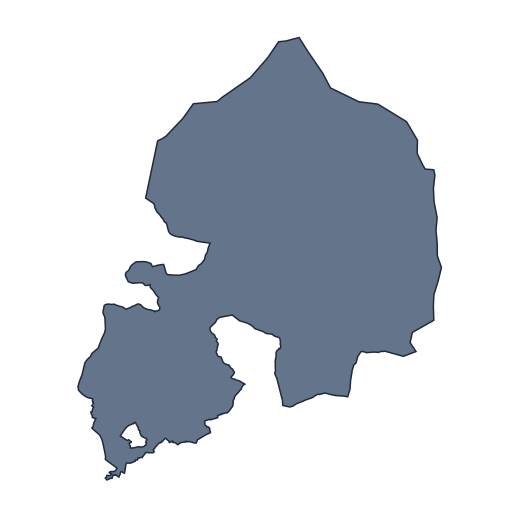 the district of Lagelu, Oyo, Nigeria, rotated 357°
{"feature_id": "59680162B50724647943907", "entity_name": "Lagelu", "entity_type": "district", "adm_level": 2, "iso_a3": "NGA", "parent_name": "Nigeria", "parent_adm1": "Oyo", "projection": "mercator", "projection_center": [3.986, 7.522], "detail": "fine", "context": "isolated", "style": "filled", "palette": "slate", "viewbox_px": 512, "rotation_deg": 357, "n_neighbors": 0, "source": "geoboundaries", "source_scale": "gbopen_adm2", "svg_char_len": 6107}
<svg xmlns="http://www.w3.org/2000/svg" viewBox="0 0 512 512"><g transform="rotate(357 256 256)"><path d="M430.2,329.5L430.5,315.4L431.6,304.1L436.7,290.2L440.6,277.2L437.1,265.4L437.6,252.8L437.1,239.4L438.9,227.2L436.7,211.5L436.7,198.0L438.9,184.6L438.0,179.2L429.4,178.0L427.1,173.4L422.3,161.9L423.3,148.8L413.3,129.7L385.6,110.7L366.7,107.3L339.2,92.1L332.3,77.1L317.9,53.5L310.5,40.1L296.8,42.9L289.8,43.2L277.9,58.8L259.6,77.7L230.9,95.5L225.3,99.7L201.4,100.7L190.2,114.8L172.3,131.7L168.1,134.1L163.8,135.9L148.8,192.4L156.1,197.8L157.2,199.4L157.6,202.8L159.6,207.2L161.6,209.1L163.8,212.8L165.0,214.2L166.3,217.0L167.9,218.3L168.6,219.9L169.9,226.5L170.8,228.4L172.5,230.1L176.5,232.1L180.7,233.1L183.6,233.3L186.1,234.3L188.6,234.8L194.7,236.8L197.7,238.2L210.8,240.8L208.7,245.4L207.5,249.7L205.5,252.6L204.6,256.5L201.1,260.7L198.0,262.6L195.4,266.4L184.8,270.1L178.3,271.2L172.2,270.7L166.6,269.9L165.6,268.8L165.3,268.0L163.4,259.7L163.0,259.5L157.1,260.1L154.7,260.8L152.0,261.1L150.7,258.1L150.2,257.6L149.4,257.5L147.0,256.4L145.5,256.0L143.1,255.7L136.9,255.5L135.2,255.8L134.3,256.7L132.3,257.9L130.8,259.3L129.7,260.6L128.8,262.7L127.3,264.3L125.4,265.6L124.6,267.5L124.9,269.9L126.0,272.2L127.1,275.0L131.3,276.8L138.3,276.6L141.4,276.9L143.8,279.6L146.6,279.7L148.7,279.1L148.7,281.3L149.1,282.2L151.5,284.9L154.7,290.3L155.4,290.9L156.6,292.7L156.3,293.5L155.9,294.0L155.7,294.5L155.3,296.0L155.2,297.9L156.2,300.5L157.2,301.8L157.3,302.6L156.9,303.5L157.0,304.4L156.2,305.1L154.0,305.7L152.1,305.7L152.0,306.2L151.2,305.6L149.2,304.7L146.3,303.9L144.5,303.6L141.0,301.7L138.2,298.6L137.0,298.0L135.5,297.7L133.0,298.7L131.6,299.5L129.8,299.8L127.6,301.0L123.0,302.3L121.8,301.1L120.7,300.3L119.4,299.7L116.1,298.7L114.9,298.1L112.7,297.3L111.7,296.6L109.2,296.9L106.5,296.2L105.5,296.4L103.9,296.4L103.0,296.7L101.8,297.6L101.4,299.1L101.2,300.5L100.5,302.3L100.3,304.2L100.4,305.7L101.8,309.1L101.9,310.7L101.8,321.0L100.8,324.6L97.0,331.8L93.6,339.7L86.9,344.8L85.5,347.6L82.1,350.5L79.6,353.6L76.1,365.3L72.8,372.7L71.4,377.2L71.8,380.8L75.1,384.8L78.8,387.6L81.0,388.8L85.4,390.0L85.0,392.0L85.7,392.8L85.2,393.5L86.1,394.8L84.2,397.0L84.9,397.8L85.9,398.4L84.8,400.3L84.4,402.2L84.0,402.5L84.0,403.0L82.9,403.1L83.4,405.4L84.4,407.5L84.0,408.4L85.1,409.3L87.6,409.8L85.5,413.8L84.2,418.1L83.1,419.1L83.9,420.2L90.3,426.4L91.9,429.5L93.0,433.0L94.9,445.2L95.3,448.3L94.9,451.2L96.1,452.3L106.1,460.6L104.9,462.4L103.6,463.7L99.9,463.7L99.2,463.8L98.1,464.4L98.2,464.9L100.2,465.8L99.1,467.7L95.6,467.2L95.1,468.8L93.8,469.9L93.9,470.1L95.2,471.4L95.5,471.9L98.9,470.5L99.6,470.4L100.6,470.5L102.0,467.0L103.7,467.7L104.4,467.0L107.0,469.3L107.5,469.6L108.9,466.8L109.6,464.6L110.0,464.2L110.5,464.2L112.3,465.6L113.3,466.0L113.7,463.9L114.2,462.9L114.1,462.4L114.4,461.6L114.8,458.7L115.5,456.8L116.1,455.9L119.1,456.3L120.5,456.1L124.8,454.5L124.7,453.6L127.1,453.4L127.5,451.5L129.3,451.7L131.0,450.9L131.9,451.4L132.3,450.5L134.1,448.5L135.0,447.1L135.6,447.0L136.2,446.3L139.2,447.0L140.6,446.8L140.9,447.0L143.2,447.0L143.5,446.5L144.1,446.2L143.3,444.1L145.0,442.5L145.7,441.4L149.3,437.8L151.9,437.2L151.9,436.4L153.0,436.1L155.7,433.3L157.3,434.3L158.7,435.8L159.4,436.1L159.4,437.3L160.0,437.8L162.9,436.4L163.1,437.7L165.6,438.3L167.2,439.4L167.5,440.1L168.0,440.4L170.0,439.0L171.9,438.3L174.4,438.0L175.9,438.2L176.5,437.2L177.8,438.0L179.7,437.8L185.1,439.6L185.9,439.6L186.4,439.4L186.7,439.5L187.0,438.3L187.2,438.2L187.8,436.6L196.6,431.9L201.2,430.1L201.2,428.6L200.7,428.2L200.7,427.8L200.9,427.3L200.6,426.8L200.7,425.5L200.3,425.0L199.9,425.0L199.2,424.1L197.9,423.9L197.7,423.2L196.9,422.9L196.5,422.5L196.3,421.8L196.0,418.3L197.7,417.6L200.5,416.9L200.9,416.5L201.5,417.0L202.0,417.2L208.4,415.7L209.4,415.3L209.4,413.2L213.3,412.4L213.3,411.7L215.1,411.7L216.1,411.4L219.4,411.0L220.6,409.9L224.9,404.7L225.5,401.9L225.5,399.5L227.0,397.0L227.2,395.6L229.0,393.4L231.1,391.5L232.9,389.4L234.1,388.5L235.3,385.7L236.4,384.4L238.2,383.5L238.1,383.2L236.6,382.4L233.3,380.1L231.8,379.4L229.5,378.7L228.7,378.0L226.8,377.5L224.6,376.2L224.9,375.4L225.3,374.9L226.5,374.1L228.3,371.5L228.0,370.1L227.1,368.8L226.6,367.6L224.9,366.4L224.5,365.9L223.6,363.9L223.2,363.4L222.2,363.2L222.1,363.3L219.4,362.0L218.4,361.3L217.5,360.1L216.7,357.5L216.3,357.1L216.3,356.1L215.9,355.3L215.0,354.7L213.3,354.4L212.7,354.0L211.2,350.0L211.1,349.4L212.1,348.2L212.0,346.9L212.8,345.4L212.8,343.7L213.6,342.6L213.6,342.1L213.3,340.6L211.9,339.1L212.2,338.2L212.9,336.9L211.2,335.4L211.1,334.5L210.4,332.6L208.9,331.3L207.9,330.7L206.7,328.7L206.1,326.8L206.8,324.6L211.8,320.4L213.7,317.4L216.5,315.4L229.2,313.7L236.1,319.8L243.1,322.3L246.5,324.1L248.8,326.0L251.2,328.6L259.3,331.9L261.3,333.4L263.2,334.2L266.7,334.6L268.0,334.9L269.2,336.1L271.1,337.4L273.3,338.0L274.7,338.7L275.5,339.5L275.9,343.1L275.5,345.4L276.2,347.6L275.3,349.6L274.0,349.5L273.9,350.5L273.1,350.8L272.1,351.6L271.3,352.7L270.9,353.8L271.0,354.5L270.8,355.2L270.8,357.7L270.3,359.0L269.5,362.7L269.8,364.4L269.5,365.9L269.4,372.0L268.5,373.9L270.5,379.9L274.9,401.9L274.9,406.7L281.7,408.5L283.4,408.3L285.5,407.6L288.8,405.6L295.0,403.6L298.2,402.3L304.2,400.6L305.9,399.9L307.5,398.7L310.5,397.3L312.4,397.6L316.6,396.6L318.1,396.5L322.4,398.0L328.2,399.5L336.3,400.5L340.2,401.4L342.9,394.0L344.0,385.0L346.2,374.8L348.1,369.7L350.1,368.4L352.4,361.6L355.8,357.0L357.5,357.0L359.1,357.4L361.2,358.3L368.7,358.1L373.5,358.7L374.8,358.1L376.4,357.8L377.9,358.0L379.7,357.8L397.9,363.9L410.8,359.8L405.4,350.6L408.1,340.5L430.2,329.5ZM111.1,428.5L115.8,422.3L118.1,419.9L119.9,418.7L123.3,417.4L124.5,416.7L124.8,417.1L126.4,415.7L126.9,416.3L128.4,419.2L129.5,421.9L129.6,423.5L130.6,424.0L130.9,426.8L132.0,429.5L132.4,429.6L132.6,430.0L133.5,430.8L136.2,432.3L136.8,432.4L137.4,433.1L136.5,435.1L136.5,435.8L136.1,436.4L136.9,437.4L136.6,438.1L134.5,440.1L132.4,440.9L128.8,440.3L123.8,441.2L120.5,441.2L120.5,439.1L120.1,438.9L119.6,436.4L121.6,435.6L121.7,434.8L120.0,433.7L119.3,432.8L117.6,433.4L112.9,430.0L111.1,428.5Z" fill="#64748b" stroke="#1e293b" stroke-width="1.5"/></g></svg>